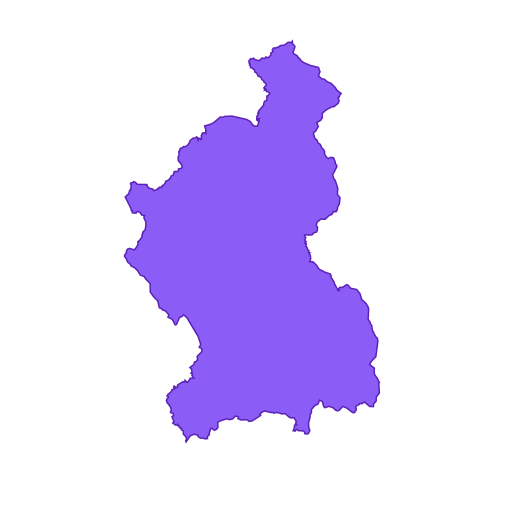 outline of Abrego, Norte de Santander, Colombia, rotated 337°
{"feature_id": "7082276B94860374492565", "entity_name": "Abrego", "entity_type": "district", "adm_level": 2, "iso_a3": "COL", "parent_name": "Colombia", "parent_adm1": "Norte de Santander", "projection": "mercator", "projection_center": [-73.149, 8.029], "detail": "fine", "context": "isolated", "style": "filled", "palette": "violet", "viewbox_px": 512, "rotation_deg": 337, "n_neighbors": 0, "source": "geoboundaries", "source_scale": "gbopen_adm2", "svg_char_len": 6122}
<svg xmlns="http://www.w3.org/2000/svg" viewBox="0 0 512 512"><g transform="rotate(337 256 256)"><path d="M119.0,399.8L125.1,395.9L128.9,395.8L132.2,397.8L132.2,399.7L133.6,401.8L135.9,402.8L137.8,404.5L140.0,405.1L140.6,403.3L143.3,402.2L143.8,400.6L147.1,397.1L147.9,397.3L149.6,400.2L151.6,400.2L154.0,398.9L155.8,394.1L158.6,393.8L165.6,394.5L167.8,396.4L171.2,396.8L172.6,395.9L175.1,395.5L177.0,397.2L175.9,398.6L178.0,401.0L183.7,403.2L185.0,405.5L188.1,406.3L196.8,404.8L198.0,404.5L197.5,403.1L201.1,402.0L203.5,402.1L208.3,405.8L209.9,406.3L211.0,407.7L212.5,407.6L215.8,409.3L217.9,411.4L221.3,412.5L223.7,417.6L225.8,419.2L227.8,419.6L228.4,424.0L227.0,425.8L227.6,427.0L227.1,427.3L226.0,426.6L225.2,427.1L223.7,429.7L221.9,431.3L223.8,432.5L224.8,431.5L226.2,431.8L226.7,433.3L231.4,435.6L231.9,437.4L231.5,438.6L233.8,440.0L235.3,439.6L237.4,437.6L237.6,434.3L239.1,430.3L242.9,425.4L243.6,423.5L245.8,421.9L247.0,419.0L251.6,416.7L255.2,416.5L258.2,413.5L260.2,415.9L259.5,421.0L260.2,422.6L264.4,422.9L267.7,425.9L269.0,429.0L270.6,430.5L272.3,430.5L277.2,428.4L280.2,431.5L283.6,437.6L284.7,438.5L285.5,438.6L288.2,436.8L289.2,433.3L293.0,433.0L293.7,432.3L296.3,433.4L298.2,432.7L298.9,433.0L301.9,439.0L305.3,440.5L306.4,438.2L309.9,436.5L311.6,432.8L316.0,430.4L319.3,421.1L320.1,420.8L319.8,415.7L318.8,411.3L320.2,407.0L321.2,405.6L318.2,400.3L321.1,398.0L327.0,395.5L334.7,382.3L335.7,379.1L334.9,377.8L334.4,374.6L334.2,369.5L335.4,365.0L334.8,363.8L335.2,361.7L334.5,358.1L338.9,349.0L339.3,346.4L338.8,342.8L336.3,337.4L337.0,331.2L335.6,326.2L330.4,322.6L329.5,319.1L328.2,317.7L323.4,318.7L320.9,317.6L319.5,318.4L319.3,320.3L318.2,320.2L317.4,312.2L317.7,310.3L316.8,304.8L317.5,303.5L317.3,301.5L313.3,298.0L309.0,292.9L308.1,288.1L306.2,283.6L303.3,282.2L305.1,280.2L306.3,276.6L305.7,274.6L306.9,274.2L305.8,272.8L306.8,271.6L306.1,270.4L306.3,267.4L305.5,266.5L307.2,264.4L306.0,263.3L307.8,262.2L306.8,261.1L309.1,258.3L308.5,257.2L308.9,255.5L314.6,258.1L316.4,258.3L318.1,257.2L321.1,257.6L322.5,256.3L323.9,253.5L323.4,251.3L325.8,248.3L327.9,248.2L329.8,247.2L334.0,249.2L339.4,247.2L342.1,247.4L344.8,245.3L346.9,246.6L348.7,245.4L350.3,242.8L353.1,240.7L356.1,235.1L355.0,230.9L357.7,225.7L358.5,217.2L357.8,215.1L358.3,211.2L365.2,205.5L365.7,203.8L365.1,201.9L365.7,200.2L365.7,195.9L363.6,194.5L360.6,194.5L359.5,192.8L358.9,189.2L359.9,186.8L359.9,185.1L358.8,182.0L358.7,178.3L357.2,176.0L357.4,172.6L356.1,171.1L356.7,166.0L357.4,164.9L359.8,164.3L363.9,161.2L364.1,156.9L368.7,156.3L371.1,154.6L372.7,150.6L377.3,149.0L383.8,148.3L386.5,149.0L391.3,147.5L393.2,145.6L393.3,142.3L394.9,142.1L396.0,140.5L397.9,139.7L395.0,134.5L394.9,132.3L392.6,126.4L389.7,123.5L388.1,120.1L385.7,118.4L383.8,114.7L386.9,111.4L387.2,106.8L380.8,102.1L375.4,96.6L373.4,93.0L373.5,91.4L372.5,90.3L372.2,87.8L369.7,84.5L369.6,83.1L373.5,78.8L373.7,77.6L372.5,74.6L373.4,72.5L371.9,73.2L369.1,71.8L364.5,73.0L360.8,71.8L357.7,72.5L356.1,72.0L354.8,72.4L354.0,71.5L353.1,71.5L351.5,72.6L351.5,74.6L349.0,74.9L348.3,76.8L344.8,78.3L342.7,76.6L341.1,77.6L338.9,76.1L335.4,77.4L332.0,75.2L331.0,72.9L329.1,73.1L328.3,72.2L325.5,73.8L325.8,75.2L325.0,75.7L325.4,76.9L324.7,77.6L325.1,78.3L324.6,80.5L325.6,81.2L327.2,84.0L326.9,86.6L328.1,87.4L328.3,91.5L330.4,93.2L330.2,95.7L331.6,97.8L331.2,98.9L332.6,101.3L332.0,102.7L328.9,104.3L328.9,105.0L330.0,105.6L328.6,106.8L330.1,107.1L330.0,108.9L331.2,109.4L332.3,111.7L329.7,113.1L328.4,113.0L327.1,116.8L325.1,116.8L323.6,117.5L321.8,120.2L314.8,123.7L314.7,125.3L313.3,125.2L313.1,126.9L311.5,127.6L309.8,131.0L310.4,132.1L311.5,130.5L312.5,130.8L311.9,131.1L311.7,132.9L308.3,136.8L306.4,136.5L304.4,134.7L303.3,130.0L300.7,126.6L288.5,117.8L282.1,115.4L279.7,115.3L277.5,114.1L269.2,116.7L265.0,116.9L259.6,116.2L259.1,120.2L257.6,123.8L256.4,122.3L254.7,121.9L252.5,124.1L251.7,126.7L251.4,126.3L250.6,127.0L249.5,125.2L247.9,126.8L248.3,124.1L247.8,123.1L246.1,123.7L244.1,122.9L240.6,123.9L238.1,126.3L235.5,127.5L233.6,127.7L232.1,126.9L230.5,127.6L228.2,127.4L226.8,129.4L225.7,129.7L224.7,133.0L223.1,134.2L221.7,137.7L223.0,142.7L223.0,145.2L221.6,146.1L218.7,145.6L217.8,147.2L216.6,147.5L213.8,146.3L211.2,149.3L209.1,149.2L207.6,151.0L206.8,150.9L205.4,151.9L201.9,151.9L201.3,153.1L199.1,154.4L196.6,154.8L196.1,155.9L193.8,154.9L192.7,155.9L191.8,155.4L190.8,156.2L187.2,155.8L187.2,154.1L183.9,151.6L182.7,147.7L183.4,148.0L183.4,147.5L175.4,144.0L174.5,143.2L173.9,141.1L172.3,139.7L171.3,140.2L169.2,139.9L168.6,140.5L168.9,141.8L166.5,146.3L165.6,146.0L163.2,148.9L158.6,150.6L159.5,163.0L159.0,165.7L159.8,166.1L159.1,168.0L162.3,169.7L163.1,168.7L164.6,168.9L166.2,170.7L166.8,173.7L169.1,175.2L167.7,177.0L167.9,181.7L166.8,184.4L164.3,188.5L160.9,189.9L160.6,191.2L159.2,192.0L158.8,193.6L154.7,196.3L152.9,196.5L152.0,199.0L149.4,201.3L146.2,202.7L142.6,199.6L140.8,199.4L139.0,200.3L137.9,202.3L135.3,204.0L134.8,204.9L135.5,207.5L135.5,211.6L136.9,213.9L137.2,216.5L139.9,219.7L141.3,223.4L142.0,228.2L145.1,231.3L145.5,234.1L147.8,239.9L144.6,247.8L145.9,253.7L148.0,258.9L146.8,265.9L148.4,267.3L148.9,269.2L151.2,271.2L152.8,276.0L151.0,278.0L154.2,281.6L154.7,287.9L156.1,287.9L161.6,282.6L163.5,282.9L166.4,281.9L168.3,285.8L171.3,307.4L170.6,315.8L168.0,317.9L169.8,319.9L168.8,322.9L163.2,325.1L162.3,325.9L162.3,327.2L161.5,328.6L159.7,329.7L157.8,329.6L156.4,331.6L151.6,332.8L152.3,334.5L151.9,337.8L150.3,338.4L151.4,340.1L150.3,341.0L151.2,344.1L147.5,342.8L147.4,343.4L143.3,345.7L142.1,342.7L141.3,344.1L139.7,343.2L133.7,344.0L132.9,344.6L132.9,346.0L132.2,346.2L131.1,345.7L129.8,343.7L128.8,344.8L129.5,346.4L126.3,346.2L125.3,347.6L120.5,349.2L119.4,350.1L120.4,351.2L120.0,352.0L117.9,352.9L117.7,353.9L116.9,354.3L117.0,357.2L118.1,358.9L117.7,359.4L118.3,361.7L118.0,364.2L116.1,366.6L118.2,368.7L117.9,370.5L115.8,371.2L115.9,376.3L114.1,377.1L115.6,379.9L117.2,380.9L118.1,380.3L117.9,381.7L118.8,382.0L118.4,383.3L119.3,383.9L119.0,385.0L120.3,385.8L119.4,386.8L120.7,388.5L119.5,391.7L121.0,395.6L120.2,397.9L119.2,398.3L119.0,399.8Z" fill="#8b5cf6" stroke="#5b21b6" stroke-width="1.5"/></g></svg>